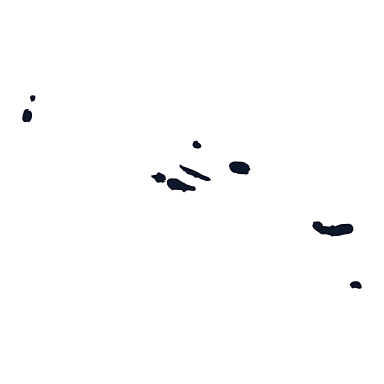 outline of Azores
{"feature_id": "PRT-735", "entity_name": "Azores", "entity_type": "Autonomous region", "adm_level": 1, "iso_a3": "PRT", "parent_name": "Portugal", "parent_adm1": "", "projection": "albers", "projection_center": [-27.949, 38.331], "detail": "fine", "context": "isolated", "style": "filled", "palette": "ink", "viewbox_px": 384, "rotation_deg": 0, "n_neighbors": 0, "source": "natural_earth", "source_scale": "10m", "svg_char_len": 3126}
<svg xmlns="http://www.w3.org/2000/svg" viewBox="0 0 384 384"><path d="M348.9,224.5L351.0,225.3L352.4,227.3L352.6,229.8L351.4,232.0L349.3,233.0L342.2,234.1L339.7,234.9L337.1,235.2L334.7,235.2L333.5,235.3L332.5,235.8L331.0,234.9L329.6,234.4L326.5,233.6L321.7,233.5L315.0,228.8L313.1,226.2L314.0,222.6L318.1,222.1L319.5,222.5L321.5,224.0L321.8,224.6L321.9,225.4L322.1,226.1L322.4,226.5L322.8,226.7L329.7,227.4L330.5,227.2L331.9,226.2L332.6,225.9L333.1,226.1L334.3,227.0L334.9,227.3L335.7,226.8L341.2,224.9L348.9,224.5ZM191.3,186.8L193.7,187.0L194.6,187.7L195.0,189.4L194.2,190.1L192.6,190.1L188.4,189.5L187.2,189.6L186.1,189.9L184.1,191.5L183.5,191.2L183.0,190.3L182.4,189.6L181.2,189.2L173.5,189.0L172.4,189.5L168.9,186.2L167.7,184.1L167.7,181.1L169.3,179.6L171.1,179.1L174.9,179.2L177.1,179.6L182.4,183.0L184.3,183.8L184.4,184.0L185.0,184.2L186.1,185.1L186.6,185.3L187.8,185.5L191.3,186.8ZM249.6,169.6L249.3,169.8L248.2,170.3L247.8,170.6L247.7,171.1L248.0,172.3L247.8,172.9L247.5,173.2L246.0,173.9L244.6,173.4L241.0,173.4L239.8,172.5L239.1,173.3L238.5,173.3L237.2,172.5L235.8,172.2L234.4,172.1L233.2,171.6L231.8,170.4L230.7,168.8L230.2,167.4L229.7,165.3L230.9,163.6L232.9,162.6L234.7,162.2L242.9,162.6L244.5,163.3L246.7,164.6L248.4,166.1L248.7,167.5L248.5,168.2L249.0,168.6L249.5,169.0L249.6,169.6ZM203.0,176.0L207.0,177.4L209.0,178.5L210.0,179.7L209.1,180.1L208.1,180.3L206.0,180.2L205.1,179.9L203.3,179.0L201.7,178.7L200.8,178.3L199.9,177.8L199.2,177.2L198.4,176.7L197.0,177.0L196.1,176.4L195.3,176.9L194.8,176.7L193.9,175.5L193.2,175.0L187.6,173.2L186.7,172.4L185.6,170.6L185.2,170.3L184.8,170.4L184.6,170.5L184.4,170.6L183.9,170.3L183.8,170.1L183.9,169.8L183.8,169.5L183.4,169.4L183.0,169.1L180.5,166.9L180.3,166.5L180.3,165.6L181.3,166.0L183.0,167.2L183.8,167.5L184.7,167.6L195.3,171.7L203.0,176.0ZM27.4,110.9L27.9,111.3L28.5,111.7L29.2,111.8L29.9,111.4L30.9,112.8L31.3,114.0L31.2,116.9L30.8,118.4L29.8,120.3L28.6,121.4L27.8,120.8L26.8,121.2L25.6,121.3L24.5,121.1L23.8,120.6L23.3,119.7L23.0,118.3L23.1,117.1L23.6,116.4L23.4,115.2L23.7,114.3L24.2,113.3L24.4,111.9L24.8,110.9L25.7,110.2L26.8,109.9L27.8,109.9L27.4,110.9ZM164.5,176.3L165.2,179.4L164.8,179.5L163.1,180.2L162.6,180.6L162.9,181.0L163.1,181.2L163.2,181.4L163.7,181.5L163.0,181.9L162.4,181.9L161.1,181.4L160.4,181.5L158.8,181.9L158.1,181.9L156.9,181.3L155.6,179.2L154.5,178.1L152.1,176.6L152.0,176.1L153.8,175.8L155.3,175.7L156.1,175.6L156.8,175.3L157.2,174.8L158.1,173.4L158.6,173.0L163.2,175.2L164.5,176.3ZM357.8,282.1L358.9,282.8L359.9,284.1L360.7,285.5L361.0,287.0L360.2,288.0L358.3,287.9L355.1,286.9L353.3,287.5L352.4,287.5L351.9,286.8L351.5,285.9L350.9,285.2L350.5,284.5L351.1,283.8L352.2,282.7L354.1,282.1L356.3,282.0L357.8,282.1ZM198.1,147.8L197.0,147.7L195.8,147.5L194.8,147.1L193.9,146.3L193.3,145.2L193.4,144.2L194.3,142.1L194.8,141.7L195.4,141.6L195.9,141.7L196.4,142.1L196.8,141.6L197.6,142.8L199.4,144.2L200.3,145.2L200.6,146.3L200.0,147.1L199.0,147.6L198.1,147.8ZM32.7,96.0L34.5,96.4L34.6,98.4L33.5,100.4L31.8,100.7L31.7,100.3L30.9,98.1L30.8,97.8L30.9,97.1L31.4,96.4L32.0,96.0L32.7,96.0Z" fill="#0f172a" stroke="#020617" stroke-width="1.5"/></svg>